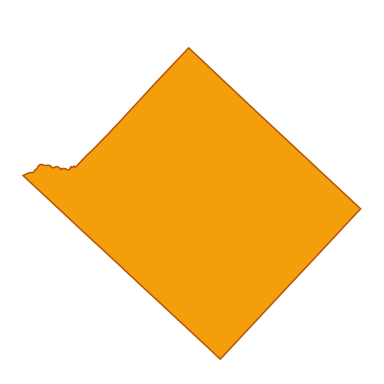 San Juan, New Mexico, United States of America, rotated 223°
{"feature_id": "52423323B37517446111976", "entity_name": "San Juan", "entity_type": "district", "adm_level": 2, "iso_a3": "USA", "parent_name": "United States of America", "parent_adm1": "New Mexico", "projection": "mercator", "projection_center": [-107.969, 36.5], "detail": "fine", "context": "isolated", "style": "filled", "palette": "amber", "viewbox_px": 384, "rotation_deg": 223, "n_neighbors": 0, "source": "geoboundaries", "source_scale": "gbopen_adm2", "svg_char_len": 1082}
<svg xmlns="http://www.w3.org/2000/svg" viewBox="0 0 384 384"><g transform="rotate(223 192 192)"><path d="M292.7,295.2L293.1,250.1L293.0,231.9L292.9,208.8L292.9,208.6L292.8,196.6L292.9,185.6L292.9,176.2L293.2,166.1L293.3,156.1L294.0,147.2L294.1,136.5L294.1,131.5L294.1,130.7L295.0,130.4L295.5,130.6L296.3,130.0L295.9,129.3L296.8,128.1L297.6,128.2L297.8,127.1L297.0,126.4L297.2,124.5L298.1,123.1L299.8,123.1L302.2,121.5L302.9,120.2L303.3,118.9L304.7,119.3L307.6,118.9L308.7,117.7L309.7,115.3L311.3,114.2L312.3,114.7L314.3,114.4L316.3,112.5L318.1,110.6L319.9,110.2L320.9,109.6L321.9,108.2L322.1,105.7L321.2,103.4L321.9,100.8L321.2,98.7L322.4,96.9L324.0,95.4L325.2,92.6L326.6,89.3L326.8,88.8L316.7,88.8L230.6,88.8L225.2,88.9L189.4,89.0L189.2,88.9L183.0,88.9L182.9,88.9L177.6,88.9L167.8,88.9L141.8,89.0L127.9,89.0L72.4,89.1L71.7,89.1L57.3,89.0L57.3,95.2L57.3,95.3L57.3,114.8L57.3,186.7L57.3,192.4L57.2,230.5L57.2,257.9L57.3,271.2L57.2,294.7L76.5,294.7L93.5,294.7L97.3,294.7L142.2,294.7L205.7,294.7L261.3,295.0L292.7,295.2Z" fill="#f59e0b" stroke="#b45309" stroke-width="1.5"/></g></svg>